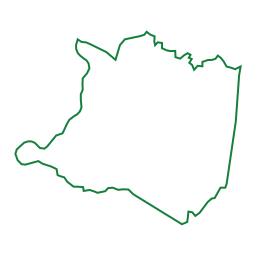 outline of Ibarama, Rio Grande do Sul, Brazil
{"feature_id": "56859067B60880352226675", "entity_name": "Ibarama", "entity_type": "district", "adm_level": 2, "iso_a3": "BRA", "parent_name": "Brazil", "parent_adm1": "Rio Grande do Sul", "projection": "mercator", "projection_center": [-53.186, -29.418], "detail": "fine", "context": "isolated", "style": "outline", "palette": "green", "viewbox_px": 256, "rotation_deg": 0, "n_neighbors": 0, "source": "geoboundaries", "source_scale": "gbopen_adm2", "svg_char_len": 1430}
<svg xmlns="http://www.w3.org/2000/svg" viewBox="0 0 256 256"><path d="M181.9,224.2L187.2,222.0L187.9,217.1L188.4,211.6L192.3,212.3L195.3,215.9L199.6,212.8L207.8,201.9L211.6,198.6L214.7,198.0L220.5,187.7L225.3,187.7L226.7,183.4L235.8,121.4L239.1,75.4L240.6,66.5L235.2,69.2L231.0,67.7L226.5,66.5L223.6,61.3L220.7,57.8L217.8,55.6L215.5,58.8L212.1,59.9L208.0,60.0L202.4,61.9L202.4,66.3L197.6,65.9L194.1,69.8L192.1,64.9L189.3,62.8L191.7,59.0L188.8,57.8L190.5,54.8L187.6,53.2L184.2,55.2L180.2,58.6L175.5,57.2L175.2,50.9L170.4,51.1L166.6,50.3L162.0,48.2L162.0,43.0L157.7,42.3L155.1,45.2L154.3,41.4L154.6,36.3L150.4,34.7L146.6,31.8L144.4,34.7L140.2,36.1L124.9,39.3L119.9,45.2L115.5,59.8L106.4,52.1L89.4,43.8L86.1,42.4L81.5,41.9L77.7,39.4L76.1,44.8L76.1,48.7L77.7,52.9L80.1,55.6L83.8,58.5L86.6,60.5L88.6,63.5L89.4,68.4L87.1,73.2L82.7,78.4L82.5,84.6L82.7,89.9L80.8,94.2L80.8,99.9L81.5,107.3L79.9,111.4L77.1,114.4L73.7,116.4L69.3,119.8L66.7,124.4L64.3,129.7L62.5,133.3L56.2,135.5L47.1,146.6L44.2,148.7L39.8,147.9L34.9,142.9L31.4,141.4L27.9,141.4L24.1,142.7L16.7,149.5L15.4,154.0L17.7,160.3L21.6,164.2L25.5,164.6L38.3,161.1L42.5,163.7L51.1,166.5L56.6,169.1L57.6,175.1L60.9,176.4L64.3,177.4L67.2,181.7L73.6,186.7L77.5,186.7L83.1,187.1L83.7,190.9L89.8,190.0L94.1,191.4L97.5,192.8L105.2,191.2L108.1,188.1L112.8,187.7L118.4,189.9L122.6,189.3L128.4,189.5L133.0,194.0L136.4,196.2L181.9,224.2Z" fill="none" stroke="#15803d" stroke-width="2"/></svg>